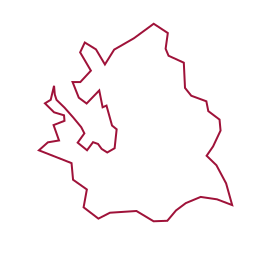 Namangan, Namangan, Uzbekistan, rotated 260°
{"feature_id": "79887680B99414619772230", "entity_name": "Namangan", "entity_type": "district", "adm_level": 2, "iso_a3": "UZB", "parent_name": "Uzbekistan", "parent_adm1": "Namangan", "projection": "orthographic", "projection_center": [71.641, 40.967], "detail": "fine", "context": "isolated", "style": "outline", "palette": "rose", "viewbox_px": 256, "rotation_deg": 260, "n_neighbors": 0, "source": "geoboundaries", "source_scale": "gbopen_adm2", "svg_char_len": 945}
<svg xmlns="http://www.w3.org/2000/svg" viewBox="0 0 256 256"><g transform="rotate(260 128 128)"><path d="M199.5,178.8L214.6,183.7L226.2,171.4L215.3,149.3L207.6,128.0L194.6,116.3L211.0,110.1L219.7,100.3L210.8,94.0L190.9,101.4L181.5,89.0L182.9,81.4L166.4,84.8L159.3,91.5L170.0,106.2L152.8,106.6L153.8,110.7L133.2,112.7L128.7,116.6L110.4,111.3L107.5,103.3L112.0,98.4L117.5,95.7L120.1,91.1L113.2,83.8L122.3,75.9L130.3,84.1L136.9,82.1L148.0,75.8L159.1,69.0L168.1,62.5L173.7,61.7L182.4,62.5L169.2,56.8L166.7,50.5L156.3,57.9L151.6,67.2L146.1,66.7L143.8,55.2L127.7,57.9L127.8,46.6L121.5,36.4L103.2,66.3L86.6,64.9L74.6,76.8L57.6,70.5L43.9,83.1L47.7,95.5L44.8,121.9L31.7,137.0L29.8,150.6L38.5,161.0L44.0,171.9L47.5,187.6L42.3,203.3L34.0,217.2L56.4,215.0L76.0,208.6L87.0,200.6L95.1,208.6L109.4,218.7L120.4,219.6L130.7,210.0L140.7,209.8L148.8,195.9L157.6,191.1L182.6,194.3L192.1,180.5L199.5,178.8Z" fill="none" stroke="#9f1239" stroke-width="2"/></g></svg>